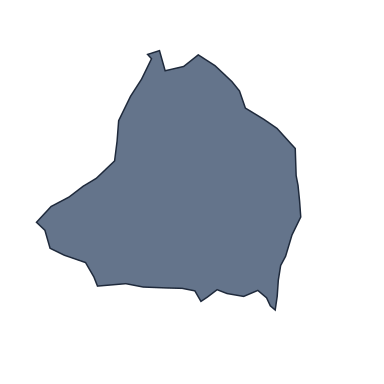 outline of Klonari, Limassol, Cyprus, rotated 206°
{"feature_id": "46923920B45851080898920", "entity_name": "Klonari", "entity_type": "district", "adm_level": 2, "iso_a3": "CYP", "parent_name": "Cyprus", "parent_adm1": "Limassol", "projection": "mercator", "projection_center": [33.179, 34.828], "detail": "fine", "context": "isolated", "style": "filled", "palette": "slate", "viewbox_px": 384, "rotation_deg": 206, "n_neighbors": 0, "source": "geoboundaries", "source_scale": "gbopen_adm2", "svg_char_len": 806}
<svg xmlns="http://www.w3.org/2000/svg" viewBox="0 0 384 384"><g transform="rotate(206 192 192)"><path d="M65.5,122.4L69.7,135.6L75.7,150.4L80.1,164.8L79.7,175.2L83.3,197.2L83.3,217.2L91.2,230.8L99.6,244.4L105.6,252.4L118.3,276.4L124.7,278.9L143.4,286.4L159.3,288.8L180.8,290.8L193.6,303.6L204.7,308.8L205.1,308.9L226.6,315.6L246.5,318.0L254.5,301.2L269.3,289.2L283.2,304.8L292.2,296.2L286.8,294.0L286.8,271.2L289.2,251.2L289.2,224.0L281.6,204.8L275.2,186.0L284.0,162.4L292.3,149.6L300.3,133.6L312.3,117.2L318.5,96.6L307.4,93.1L294.9,79.2L279.1,79.2L256.7,81.9L242.9,72.6L235.7,66.0L211.3,80.6L194.2,85.2L173.1,94.5L158.6,101.1L146.1,104.4L136.0,97.6L132.2,104.1L126.6,115.2L116.0,116.1L99.8,120.8L89.7,132.4L78.6,129.6L71.7,124.0L65.5,122.4Z" fill="#64748b" stroke="#1e293b" stroke-width="1.5"/></g></svg>